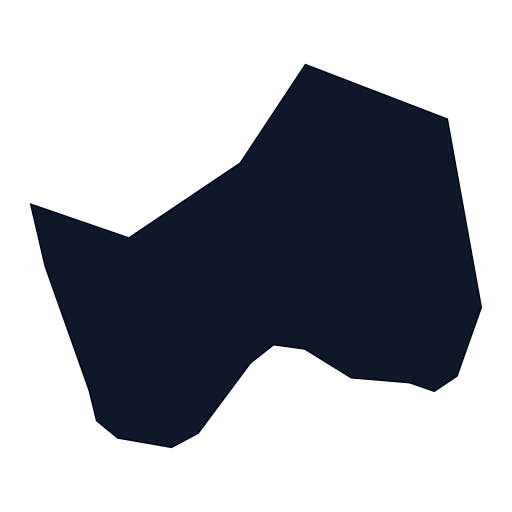 outline of Airai
{"feature_id": "PLW-5245", "entity_name": "Airai", "entity_type": "state/province", "adm_level": 1, "iso_a3": "PLW", "parent_name": "Palau", "parent_adm1": "", "projection": "mercator", "projection_center": [134.557, 7.394], "detail": "fine", "context": "isolated", "style": "filled", "palette": "ink", "viewbox_px": 512, "rotation_deg": 0, "n_neighbors": 0, "source": "natural_earth", "source_scale": "10m", "svg_char_len": 367}
<svg xmlns="http://www.w3.org/2000/svg" viewBox="0 0 512 512"><path d="M447.3,119.1L481.3,307.4L457.0,376.0L434.3,391.3L409.6,382.7L351.3,377.8L304.7,349.0L273.6,344.7L250.5,362.9L198.2,433.1L171.5,447.4L117.7,438.0L96.6,420.7L89.3,390.7L45.2,266.3L30.7,204.2L128.8,238.0L240.3,163.0L305.4,64.6L447.3,119.1Z" fill="#0f172a" stroke="#020617" stroke-width="1.5"/></svg>